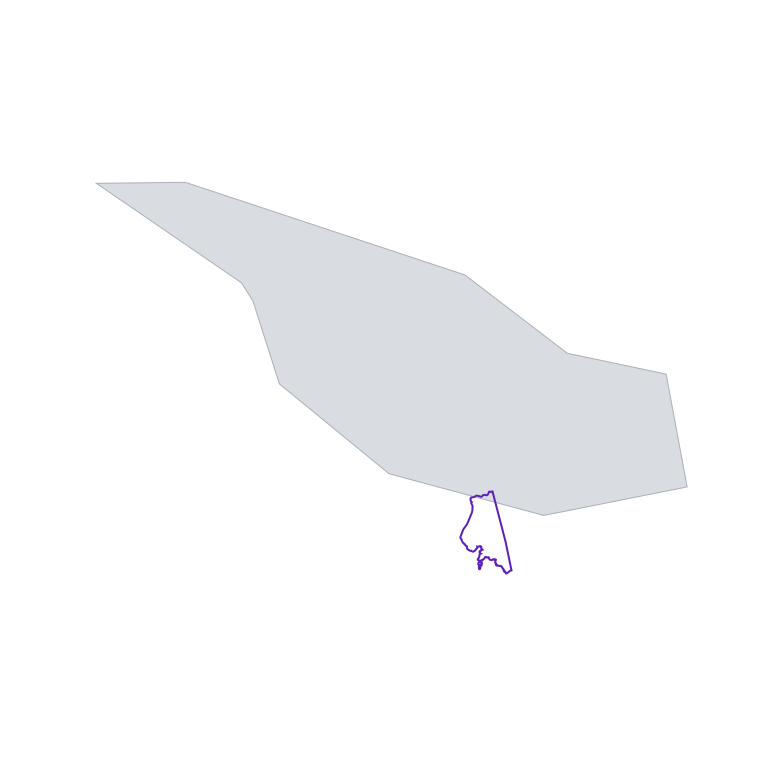 Medorm, Aimeliik, Palau (highlighted), rotated 279°
{"feature_id": "81905179B56582984107965", "entity_name": "Medorm", "entity_type": "district", "adm_level": 2, "iso_a3": "PLW", "parent_name": "Palau", "parent_adm1": "Aimeliik", "projection": "mercator", "projection_center": [134.484, 7.466], "detail": "fine", "context": "in_parent", "style": "outline", "palette": "violet", "viewbox_px": 768, "rotation_deg": 279, "n_neighbors": 0, "source": "geoboundaries", "source_scale": "gbopen_adm2", "svg_char_len": 4655}
<svg xmlns="http://www.w3.org/2000/svg" viewBox="0 0 768 768"><g transform="rotate(279 384 384)"><path d="M437.9,661.1L329.8,699.5L279.2,562.3L296.1,403.1L367.7,280.7L445.6,241.5L461.6,227.5L537.2,68.5L552.1,156.2L504.3,447.0L443.0,560.2L437.9,661.1Z" fill="#d9dde1" stroke="#a8b0b8" stroke-width="1"/><path d="M295.7,507.6L295.3,507.7L295.1,507.7L294.9,507.7L294.5,507.7L294.4,507.5L294.1,507.3L294.1,506.9L294.2,506.3L294.2,506.0L294.2,505.7L294.2,505.2L294.1,504.8L294.0,504.6L293.6,504.5L293.1,504.4L292.6,504.4L292.0,504.2L291.6,504.0L291.1,503.8L290.6,503.4L290.2,503.0L290.2,502.4L290.2,501.3L290.2,500.7L290.1,500.2L290.0,499.8L289.7,499.4L289.3,499.0L288.8,498.7L288.2,498.2L288.0,497.8L287.8,497.7L287.8,497.4L287.9,496.8L287.9,496.2L288.1,495.7L288.3,494.2L288.2,493.5L288.2,493.1L288.1,492.9L288.0,492.4L287.5,492.0L287.2,491.5L286.6,490.8L286.2,490.0L285.8,488.8L285.6,488.2L285.5,487.9L285.4,487.7L285.1,487.5L284.9,487.4L284.7,487.4L284.4,487.4L284.1,487.4L283.8,487.5L283.7,487.6L283.2,487.6L282.9,487.8L282.5,487.9L282.3,488.0L282.2,488.0L281.8,488.3L281.7,488.4L281.2,488.5L280.9,488.7L280.7,488.9L280.7,489.1L280.3,488.9L279.8,488.9L277.3,490.6L272.3,491.1L270.1,490.8L264.8,489.5L258.6,488.0L252.6,485.0L244.8,483.4L244.7,483.5L244.3,483.4L243.0,484.3L242.8,484.7L242.7,484.9L242.3,485.0L241.6,485.3L241.1,485.7L240.7,485.9L239.6,486.7L238.9,488.1L238.4,488.4L238.2,489.2L237.4,489.6L236.9,490.4L236.7,490.8L236.7,491.2L235.9,491.4L235.4,491.5L235.1,491.5L234.6,491.7L234.3,492.2L233.8,492.5L233.4,493.1L233.3,493.9L232.8,494.7L232.7,495.5L233.0,496.2L232.5,497.1L232.3,498.1L232.7,498.9L233.3,499.7L233.7,499.9L234.1,500.2L234.4,500.3L234.8,500.4L234.9,500.7L235.7,501.0L236.2,501.4L236.8,501.8L237.3,501.8L238.0,501.5L238.0,502.3L238.5,503.8L239.0,504.1L239.0,504.3L238.4,505.6L238.0,505.6L237.6,505.5L237.1,505.6L236.8,505.8L236.6,506.0L236.3,506.4L236.2,506.8L236.0,507.0L235.8,507.2L235.7,506.9L235.6,506.7L235.4,506.5L235.2,506.4L235.2,506.1L235.0,505.8L234.9,505.8L234.8,505.6L234.6,505.5L234.4,505.5L234.3,505.3L234.1,505.3L234.1,505.0L234.0,504.9L233.8,504.8L233.7,504.9L233.3,504.6L233.2,504.6L232.6,504.7L232.3,504.9L232.2,505.2L231.8,505.2L231.6,505.4L231.5,505.9L231.3,505.6L231.1,505.6L230.8,505.3L230.5,505.1L230.2,505.0L229.8,505.0L229.7,505.1L229.4,505.1L229.2,505.2L228.7,505.2L228.4,505.1L228.0,504.9L227.4,504.9L226.9,504.8L226.5,504.4L226.0,504.1L225.5,504.1L225.2,504.1L224.9,504.3L224.8,505.0L224.7,505.3L224.4,505.5L224.4,506.0L224.3,506.5L224.4,506.8L223.9,506.8L223.7,506.7L223.5,506.8L223.2,506.7L223.0,506.4L222.9,506.2L222.9,505.9L222.7,505.5L222.5,505.3L221.9,505.4L221.6,505.3L221.1,505.2L220.8,505.3L220.7,505.5L220.4,505.6L220.3,505.9L220.2,505.9L219.8,506.0L219.5,506.0L219.1,506.2L218.7,506.5L218.6,506.4L217.8,506.4L217.5,506.4L217.3,506.4L217.1,506.5L216.7,506.6L216.6,506.9L216.3,506.9L216.0,507.3L216.2,507.6L216.5,507.9L217.3,507.8L217.8,507.5L218.1,507.9L218.9,507.9L219.6,508.0L220.0,508.7L220.5,508.8L220.9,508.5L221.0,508.1L221.3,508.5L221.8,508.8L222.3,508.9L222.7,508.6L222.7,508.2L223.2,508.2L223.5,508.1L223.7,507.9L224.0,507.8L224.1,507.6L224.7,507.5L224.9,507.6L225.2,507.8L225.3,507.9L225.2,508.0L225.2,508.6L225.5,508.9L225.8,508.9L226.0,509.0L226.1,509.3L226.4,509.6L227.0,510.1L227.1,510.3L227.8,510.6L228.3,510.6L228.6,510.8L228.8,511.0L228.7,511.3L228.8,511.6L229.0,511.7L228.8,512.0L228.9,512.3L229.0,512.5L228.9,512.6L228.8,512.9L228.9,513.1L228.9,513.4L228.9,513.6L229.0,514.0L229.2,514.4L229.1,514.5L228.9,514.2L228.6,514.3L228.2,514.8L227.7,515.3L227.0,516.1L227.0,516.7L226.9,517.6L227.0,517.9L227.3,518.6L227.7,518.9L228.0,519.1L228.0,519.5L227.8,519.7L227.7,520.0L227.9,520.1L227.9,520.4L228.1,520.6L228.3,520.8L228.3,521.1L228.0,521.9L227.3,521.7L227.2,521.9L226.9,521.8L226.8,521.7L226.5,521.7L226.3,521.7L226.1,521.8L225.7,521.7L225.4,521.7L225.2,521.9L224.9,521.9L224.5,522.2L224.4,522.7L224.2,522.8L223.9,522.6L223.7,522.6L223.5,522.9L222.8,523.0L222.5,523.1L222.3,523.5L222.3,523.9L222.8,524.2L222.8,524.5L222.5,524.8L222.4,525.3L222.4,525.6L222.5,526.0L222.4,526.4L222.4,526.5L222.3,526.8L222.4,527.0L222.5,527.4L222.5,527.8L222.2,528.4L222.2,528.6L221.9,529.0L221.6,529.0L221.1,529.4L221.0,529.6L220.6,530.1L220.4,530.3L220.2,530.4L220.2,530.7L219.4,531.0L218.8,531.4L218.8,531.6L218.5,531.6L218.2,531.5L217.9,531.8L217.4,532.3L217.4,532.6L217.4,532.8L217.6,533.1L217.4,533.2L217.2,533.4L216.9,533.6L216.6,533.7L216.3,533.8L216.0,534.1L215.9,534.3L216.2,534.8L216.8,535.5L217.2,536.1L218.1,536.5L218.3,537.0L218.6,537.3L219.2,537.7L219.5,538.0L219.6,538.3L219.6,538.7L219.8,539.1L247.1,528.8L295.7,507.6Z" fill="none" stroke="#5b21b6" stroke-width="2"/></g></svg>